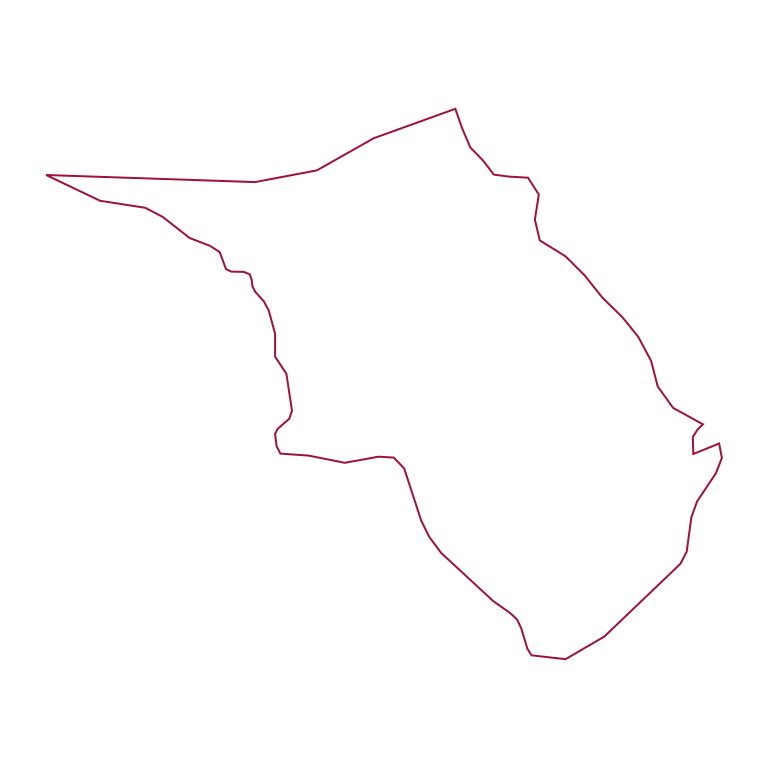 an SVG outline of Belait
{"feature_id": "BRN-1181", "entity_name": "Belait", "entity_type": "District", "adm_level": 1, "iso_a3": "BRN", "parent_name": "Brunei", "parent_adm1": "", "projection": "orthographic", "projection_center": [114.479, 4.349], "detail": "fine", "context": "isolated", "style": "outline", "palette": "rose", "viewbox_px": 768, "rotation_deg": 0, "n_neighbors": 0, "source": "natural_earth", "source_scale": "10m", "svg_char_len": 1038}
<svg xmlns="http://www.w3.org/2000/svg" viewBox="0 0 768 768"><path d="M344.7,462.8L308.6,455.6L280.4,453.6L276.5,446.0L275.1,433.6L277.7,428.8L289.3,418.7L292.0,410.7L286.4,373.8L275.1,356.7L275.1,333.7L268.7,310.4L263.9,301.4L255.2,291.7L252.4,286.3L251.7,279.8L249.8,274.3L243.8,271.9L231.1,271.6L226.0,269.1L219.7,252.1L209.9,245.8L189.6,238.0L162.7,216.9L145.3,207.8L100.1,200.8L46.1,175.0L254.9,182.1L316.8,170.4L373.8,138.2L455.3,108.8L462.3,128.7L470.4,147.6L483.1,160.6L493.8,174.6L509.0,176.6L528.0,177.7L538.8,194.5L534.9,219.7L539.8,240.4L565.6,256.4L584.6,275.3L602.4,297.7L622.4,317.2L638.3,336.9L651.2,361.1L657.7,386.4L673.1,407.9L700.7,423.1L702.6,424.2L702.9,424.3L697.7,429.4L692.8,437.0L693.3,454.0L719.1,443.5L721.9,457.9L716.0,473.1L697.1,501.4L691.3,517.5L686.7,551.7L680.4,563.8L604.4,636.5L565.5,659.2L531.5,655.3L527.4,648.7L521.2,628.2L517.2,619.7L510.6,613.4L493.1,601.0L441.2,553.0L429.4,537.1L421.3,520.9L404.2,468.5L393.8,457.6L378.5,456.7L344.7,462.8Z" fill="none" stroke="#9f1239" stroke-width="2"/></svg>